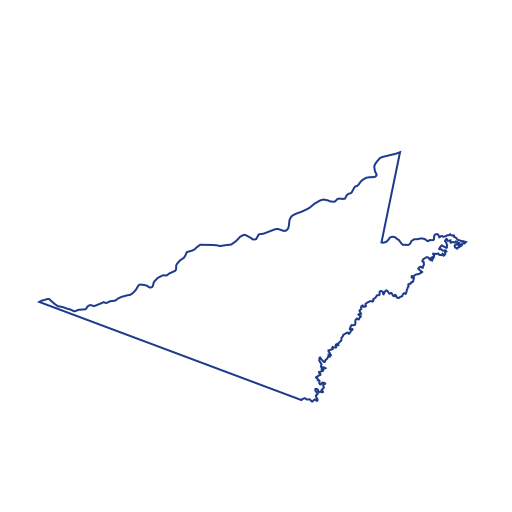 outline of Barranca De Upia, Meta, Colombia, rotated 282°
{"feature_id": "7082276B26667075739233", "entity_name": "Barranca De Upia", "entity_type": "district", "adm_level": 2, "iso_a3": "COL", "parent_name": "Colombia", "parent_adm1": "Meta", "projection": "albers", "projection_center": [-72.985, 4.546], "detail": "fine", "context": "isolated", "style": "outline", "palette": "blue", "viewbox_px": 512, "rotation_deg": 282, "n_neighbors": 0, "source": "geoboundaries", "source_scale": "gbopen_adm2", "svg_char_len": 6151}
<svg xmlns="http://www.w3.org/2000/svg" viewBox="0 0 512 512"><g transform="rotate(282 256 256)"><path d="M124.5,330.5L125.5,330.8L127.1,333.3L126.2,335.6L127.0,338.4L125.9,339.8L125.3,341.1L125.5,341.6L126.7,342.2L128.0,343.5L127.7,344.4L127.0,345.0L127.1,345.9L127.8,346.2L128.7,345.9L131.0,343.9L131.7,343.6L132.4,343.8L133.5,344.9L134.1,345.0L136.3,342.4L137.3,341.8L138.1,341.7L138.4,342.0L138.6,342.7L138.3,344.0L138.0,344.4L136.8,344.9L136.0,346.2L136.1,346.7L136.8,347.4L136.4,348.9L136.8,349.7L137.4,349.6L137.6,348.7L138.5,348.0L141.2,349.7L142.0,349.6L143.2,348.6L144.2,348.6L144.8,349.0L145.1,350.0L145.6,350.2L146.0,349.6L146.0,347.3L145.5,346.8L143.9,346.2L143.8,345.3L144.6,344.4L146.1,344.1L146.8,344.2L147.4,343.8L147.5,343.5L147.3,342.3L147.7,342.0L148.7,341.9L149.7,340.0L150.2,340.1L151.1,341.4L152.2,342.1L152.6,343.2L153.2,343.7L153.9,343.6L155.0,341.9L155.5,341.7L157.3,345.0L158.0,345.6L158.6,345.4L158.8,343.8L160.0,343.7L160.5,344.9L160.3,346.8L160.7,347.2L161.2,345.3L160.8,343.5L161.1,342.7L161.8,342.4L163.7,342.6L166.8,339.6L169.4,339.3L170.0,339.6L170.0,340.0L168.9,340.9L166.5,344.3L166.7,345.3L168.4,345.4L170.4,347.0L172.5,347.4L172.7,348.7L173.0,349.1L173.9,347.8L174.7,347.5L174.8,348.4L174.3,349.4L174.6,349.8L176.9,347.9L177.7,346.8L178.7,346.5L180.8,350.3L182.1,349.6L183.0,349.9L182.6,351.6L183.3,353.3L183.8,353.3L184.8,352.5L185.9,352.5L186.6,353.4L185.7,353.9L185.6,354.4L185.9,355.1L187.2,354.4L190.9,356.9L191.9,357.0L193.8,356.6L195.1,357.5L196.9,357.7L200.0,361.0L200.1,361.9L199.2,362.6L199.2,363.1L201.1,364.2L202.5,364.2L203.9,365.7L204.4,365.7L204.6,365.5L204.1,363.0L204.7,362.9L205.6,363.3L206.9,363.2L208.4,364.1L208.4,365.4L209.2,367.1L210.4,367.3L213.3,366.6L214.5,366.8L215.8,367.7L215.2,369.3L215.4,369.8L217.4,370.2L218.3,371.1L219.0,370.9L219.6,368.8L220.0,368.4L220.7,368.9L221.4,370.7L223.9,368.6L224.5,368.7L226.0,370.0L228.0,369.4L228.6,369.4L229.8,370.6L229.6,371.1L228.8,371.2L228.6,371.5L229.0,373.1L230.0,374.0L231.4,373.1L232.1,373.2L233.0,373.9L235.6,377.0L235.8,378.0L235.6,379.3L236.0,379.9L236.6,380.1L238.0,379.6L240.0,381.5L242.7,382.5L243.2,384.3L243.6,384.8L244.5,384.9L246.4,384.3L247.7,385.1L247.6,387.1L247.1,387.6L245.3,388.3L245.1,388.8L246.4,389.0L249.1,390.1L249.4,390.4L249.5,391.0L248.7,392.4L247.1,393.8L246.9,394.6L248.0,395.7L248.0,396.2L245.5,398.6L245.5,400.0L246.8,400.0L246.9,400.4L246.2,401.4L244.6,402.7L244.4,403.7L244.8,404.7L246.0,405.5L247.0,407.3L248.8,407.6L250.2,408.3L250.5,408.9L250.0,409.9L250.1,410.3L252.1,410.7L254.1,410.5L255.5,411.0L256.9,410.9L258.1,411.6L259.3,410.9L260.0,410.9L260.5,411.4L261.1,413.1L262.6,413.3L263.1,414.6L263.5,414.9L267.4,415.1L267.7,414.4L267.2,412.9L267.8,412.5L268.8,412.6L269.2,414.5L271.2,416.3L272.1,418.9L274.8,421.9L275.1,421.8L275.4,420.5L277.3,417.4L278.3,417.7L279.7,419.0L279.7,419.6L279.1,421.0L279.2,421.6L280.5,421.4L282.2,422.1L285.0,421.3L285.2,420.1L285.6,419.8L286.5,419.8L287.8,420.4L290.1,422.9L290.5,423.8L290.3,424.8L288.9,426.3L288.2,428.2L288.2,429.3L289.6,429.3L291.0,430.0L291.0,429.4L290.3,427.9L290.4,427.4L292.4,429.8L293.1,430.3L293.7,430.2L294.7,428.8L295.1,428.8L295.6,432.4L296.4,433.6L295.2,435.1L295.4,437.1L297.0,438.1L296.6,438.6L295.6,438.9L295.3,439.4L296.5,440.5L297.4,440.7L299.1,440.1L300.0,441.3L300.9,440.5L300.9,440.0L300.1,438.1L300.4,436.8L301.1,435.8L300.7,434.1L301.0,433.7L302.5,434.1L305.0,435.4L303.7,439.9L303.6,440.7L303.9,441.0L306.0,440.7L308.4,439.5L309.8,437.8L310.5,437.9L312.3,438.6L312.2,439.2L311.0,440.0L310.7,440.6L311.7,443.0L309.8,443.3L309.5,443.7L310.7,445.9L310.4,447.7L311.8,448.5L311.5,449.8L310.8,450.4L309.4,450.2L307.8,448.2L307.2,448.2L305.7,449.0L305.6,450.2L305.0,451.1L306.2,451.7L306.8,453.0L307.5,453.4L308.0,453.1L309.1,450.9L310.8,451.2L311.1,451.7L310.9,452.4L308.7,453.6L308.6,454.7L309.6,455.3L311.2,455.1L311.7,457.4L313.3,458.4L313.6,455.2L313.2,453.9L313.7,451.9L313.5,450.9L313.8,450.0L315.4,447.8L316.0,445.5L316.2,445.3L317.1,445.5L317.3,445.3L316.8,442.6L317.6,441.3L316.5,440.5L316.0,438.6L315.1,437.9L313.8,435.4L313.7,434.9L314.2,433.9L313.8,432.7L312.4,431.6L312.5,431.3L314.8,429.8L315.0,429.2L314.9,427.8L314.3,426.9L313.0,426.2L311.2,426.2L309.3,426.6L308.4,426.1L307.6,422.3L306.6,421.7L306.3,420.9L306.6,419.7L307.6,417.9L307.7,414.3L306.0,410.3L305.2,407.1L302.7,404.8L301.0,404.5L299.2,403.6L298.5,402.6L297.5,397.2L298.6,395.5L301.5,392.2L301.7,390.9L303.2,388.4L303.3,386.0L302.9,384.6L301.7,383.1L299.1,381.9L296.8,380.4L295.3,377.2L295.4,375.9L387.5,375.3L385.3,371.9L379.2,359.1L377.6,356.9L373.1,354.4L370.8,353.5L368.2,353.0L363.9,354.6L360.6,357.1L359.8,357.1L358.8,356.5L357.9,355.5L356.5,350.2L355.3,347.3L352.3,344.2L350.8,343.1L346.8,341.3L345.5,340.3L344.7,338.7L343.9,338.1L337.9,336.3L337.0,335.4L335.9,333.4L334.5,332.2L330.6,331.1L329.9,329.2L329.5,325.7L329.1,324.7L328.5,323.7L326.1,322.2L325.3,321.2L324.9,318.1L324.9,316.6L325.4,314.1L325.2,310.0L323.6,307.1L319.3,302.3L314.5,298.5L312.8,296.7L308.7,291.3L306.5,287.6L304.4,284.7L302.4,282.6L300.0,281.7L297.9,281.3L292.0,281.9L289.6,281.7L287.6,280.6L286.8,279.6L286.3,277.8L287.0,272.0L286.7,270.5L285.9,268.7L279.5,258.9L277.8,254.4L277.2,254.0L272.7,252.7L272.2,252.0L271.7,250.5L271.6,249.0L272.7,247.1L274.4,241.0L274.1,239.7L271.8,236.7L266.3,233.3L262.0,229.3L260.0,223.2L258.3,219.0L258.3,215.4L257.8,211.3L255.4,199.1L251.5,195.6L250.4,195.2L249.9,194.7L248.1,192.6L245.4,187.5L241.4,186.7L239.2,185.8L236.2,182.8L232.0,180.4L230.2,179.9L226.3,180.6L224.8,180.1L220.7,174.6L218.6,173.0L218.2,171.8L218.0,170.0L217.4,168.4L214.0,164.3L209.3,161.5L206.0,161.4L204.5,161.1L203.7,160.5L203.1,158.7L203.4,157.2L204.2,156.1L204.4,152.6L204.1,149.2L203.7,148.0L202.6,147.1L197.9,145.5L195.8,144.3L194.2,143.3L191.9,141.1L190.8,138.3L187.9,132.7L185.7,129.9L183.1,127.6L181.4,122.7L179.1,119.8L178.9,117.8L179.2,116.5L178.0,115.1L173.3,108.1L173.6,104.3L173.0,103.1L171.5,101.7L169.5,101.0L168.4,100.2L166.5,93.7L164.2,90.1L164.2,89.1L165.1,85.4L165.2,82.1L165.8,78.1L165.9,75.1L165.6,73.5L165.8,72.4L167.3,68.9L170.9,62.5L170.4,60.5L169.0,58.3L167.9,55.8L166.0,53.6L124.5,330.5Z" fill="none" stroke="#1e3a8a" stroke-width="2"/></g></svg>